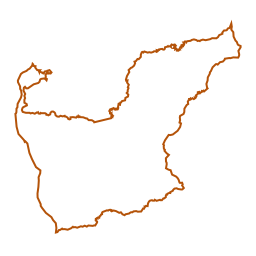 La Gloria, Cesar, Colombia (orthographic projection)
{"feature_id": "7082276B41841222112107", "entity_name": "La Gloria", "entity_type": "district", "adm_level": 2, "iso_a3": "COL", "parent_name": "Colombia", "parent_adm1": "Cesar", "projection": "orthographic", "projection_center": [-73.641, 8.636], "detail": "fine", "context": "isolated", "style": "outline", "palette": "amber", "viewbox_px": 256, "rotation_deg": 0, "n_neighbors": 0, "source": "geoboundaries", "source_scale": "gbopen_adm2", "svg_char_len": 5710}
<svg xmlns="http://www.w3.org/2000/svg" viewBox="0 0 256 256"><path d="M15.4,113.8L16.6,126.8L18.5,134.0L24.0,140.1L24.7,141.8L25.3,141.3L27.4,143.5L29.4,152.9L32.0,159.1L36.0,167.1L40.4,170.4L40.2,173.3L38.6,177.2L38.8,180.5L38.4,186.9L37.5,193.5L37.6,197.5L40.7,204.2L40.7,205.8L41.9,207.7L45.9,212.9L51.4,217.1L53.1,220.1L55.8,223.2L56.4,228.0L55.9,232.5L57.4,232.1L59.0,230.0L60.2,229.9L62.1,228.6L62.7,229.2L64.7,229.1L67.7,229.7L71.0,228.3L72.9,226.8L73.4,227.3L75.2,227.1L77.2,227.7L80.9,226.3L82.7,226.7L84.7,225.7L86.8,226.6L88.4,225.5L92.8,225.9L94.1,225.4L95.2,225.5L97.1,222.4L97.1,221.5L95.7,220.5L95.8,219.0L96.3,219.0L96.6,218.3L97.5,218.5L97.4,217.9L98.1,217.4L99.3,217.7L99.6,216.3L100.6,215.6L101.1,214.5L102.1,214.2L102.1,212.5L102.6,212.0L107.0,210.3L108.1,210.6L109.2,209.9L110.7,209.8L111.5,210.1L111.2,211.0L111.6,211.3L113.6,210.5L116.0,211.1L119.2,212.8L120.9,212.3L122.5,214.3L124.6,215.2L125.5,214.3L129.2,213.5L129.8,212.9L131.1,212.2L132.4,212.3L133.5,211.4L136.2,211.1L137.8,211.7L141.2,211.5L143.1,208.5L144.0,208.7L144.7,207.2L144.6,206.5L145.5,206.6L145.9,205.9L147.6,206.1L148.0,203.4L149.0,201.5L150.1,200.6L152.0,200.2L152.9,200.7L154.4,200.6L154.8,199.8L156.6,200.8L160.0,199.8L160.4,200.2L161.9,200.2L163.4,198.4L164.0,198.5L165.8,197.2L165.8,195.7L166.4,194.5L167.2,194.6L167.5,193.7L169.3,192.9L170.2,193.0L170.2,192.2L172.9,190.7L173.2,189.8L174.5,188.6L176.6,188.3L178.1,189.0L181.3,189.5L182.4,189.4L183.8,188.0L182.1,185.4L182.7,184.4L182.1,182.7L180.0,182.9L179.5,182.5L178.6,179.7L177.7,178.2L176.2,176.6L172.1,174.6L170.6,170.2L168.6,169.7L166.0,168.3L166.7,164.3L166.6,162.7L166.0,161.5L165.9,158.2L168.9,154.9L166.8,153.4L164.5,150.8L164.9,149.9L163.9,148.7L163.7,146.3L164.0,145.2L163.2,144.3L165.0,140.3L168.7,134.9L170.2,135.1L172.8,134.5L177.6,130.8L180.1,127.0L181.0,123.4L179.5,122.6L180.1,120.3L179.8,117.4L180.1,115.9L183.5,114.0L184.3,112.0L184.4,108.7L186.7,105.0L188.2,104.0L187.8,101.7L188.6,100.2L189.4,99.9L189.2,99.0L190.0,99.0L190.5,98.5L190.9,99.3L192.5,98.2L193.8,99.1L195.3,98.1L195.0,97.4L195.7,97.5L196.4,96.3L195.9,95.4L197.8,93.9L197.8,92.2L199.1,91.9L199.3,93.1L199.8,93.4L200.7,92.4L201.6,92.1L201.9,91.0L202.8,91.3L203.4,90.7L204.1,91.4L207.6,88.4L207.1,87.7L206.4,83.9L207.6,80.5L207.8,77.4L209.8,73.7L209.9,72.3L210.8,71.3L212.6,67.3L215.8,64.2L216.8,64.1L217.7,64.6L220.0,62.2L222.8,61.6L224.5,59.9L224.9,58.7L229.4,58.0L230.2,58.2L233.3,57.4L238.2,57.6L239.1,55.7L239.2,54.3L238.4,50.9L240.6,47.3L240.6,46.0L238.3,45.0L237.7,44.3L236.8,41.9L235.5,40.6L233.6,36.6L233.3,32.2L231.3,29.6L231.8,26.7L231.3,23.5L229.6,27.9L227.8,28.5L226.9,30.0L226.1,30.4L224.0,30.5L222.3,32.6L222.4,33.8L219.2,35.1L218.0,37.1L216.4,38.3L212.1,38.2L210.1,39.2L205.6,40.2L202.9,39.6L200.3,40.5L199.8,41.1L198.7,40.7L197.6,41.0L196.5,40.1L193.9,39.4L191.6,40.0L190.6,40.8L187.4,41.2L186.6,41.5L186.4,42.1L186.0,41.6L185.0,41.4L184.3,42.0L184.4,43.0L183.6,42.8L184.1,43.8L184.0,44.9L183.1,45.5L182.2,44.8L181.4,45.3L182.0,46.2L182.7,46.0L182.9,46.4L181.7,46.8L181.5,47.5L180.9,46.9L180.3,47.1L179.6,48.8L179.9,49.5L179.0,49.5L179.1,50.1L178.4,50.7L177.0,50.6L177.2,49.5L176.4,48.9L175.2,49.4L175.4,48.1L173.7,48.0L175.2,46.6L174.0,45.8L174.2,45.4L175.4,45.2L174.8,44.5L174.2,44.5L173.6,45.3L171.6,44.5L170.8,45.6L170.9,46.8L170.2,46.2L168.2,46.6L167.9,46.1L167.1,46.7L165.0,47.3L164.8,48.8L164.0,49.6L163.1,49.6L162.3,48.9L159.9,49.2L159.3,49.9L158.6,49.6L157.9,50.4L157.1,50.2L157.6,51.3L156.6,51.9L155.6,51.2L153.8,51.4L153.1,52.0L151.1,52.6L149.3,52.2L147.7,52.6L144.3,51.5L143.4,52.5L142.5,51.9L141.8,52.2L140.8,54.7L140.8,56.9L138.7,59.2L137.5,59.0L135.9,61.1L134.5,61.6L135.1,63.2L134.1,65.6L132.1,67.4L130.9,67.9L128.6,70.1L129.3,72.0L127.0,76.0L125.9,79.7L126.2,80.7L127.5,80.4L127.1,82.6L128.8,84.8L127.8,87.3L128.5,88.1L127.7,90.1L127.7,91.8L126.7,93.0L128.3,94.6L128.0,96.5L125.4,97.9L125.1,100.3L122.0,101.1L121.1,102.4L120.3,102.6L120.0,104.8L119.6,104.7L119.3,103.5L118.6,103.7L118.0,107.2L118.3,107.9L117.6,109.4L116.4,109.5L116.6,109.1L117.6,109.0L117.4,108.3L116.0,108.8L114.6,108.5L114.5,109.1L113.4,108.1L112.3,108.8L112.3,109.6L111.4,109.9L110.9,109.7L111.2,109.0L110.1,109.4L109.3,111.0L109.9,111.5L110.0,113.5L110.9,113.9L111.5,113.3L111.5,114.2L112.0,114.7L111.6,115.4L112.5,115.4L113.0,115.9L112.2,116.8L112.3,117.3L111.3,117.4L111.1,118.2L94.2,122.3L93.8,121.4L91.8,120.2L88.7,120.1L86.9,118.4L86.0,118.4L83.2,117.3L79.7,117.1L79.5,116.4L78.6,116.7L78.3,116.2L78.0,117.0L77.1,116.5L76.2,117.6L72.9,117.1L70.5,117.3L70.4,119.1L69.4,119.4L68.2,118.9L67.8,117.9L67.0,117.2L65.7,116.5L65.0,116.5L64.7,115.8L62.7,116.4L60.5,115.8L59.0,116.7L57.2,116.5L55.6,115.3L55.1,113.2L54.4,112.3L53.0,111.5L51.5,111.7L50.4,113.0L50.2,114.4L48.3,115.3L47.8,114.8L46.4,114.8L46.2,113.8L45.0,113.2L41.3,113.2L40.6,112.9L40.1,113.7L39.6,113.7L38.6,113.5L38.1,112.4L37.8,112.7L37.0,112.4L34.8,113.7L32.4,112.9L30.5,113.4L29.7,112.8L25.9,112.8L22.7,111.9L21.9,110.0L22.4,108.2L23.2,107.2L26.9,105.4L26.7,104.1L24.4,102.7L24.4,99.7L25.1,98.1L24.4,95.9L25.2,94.0L23.5,90.6L23.9,87.7L25.0,86.8L26.2,88.3L27.9,88.3L33.7,84.3L38.2,83.0L39.5,81.8L40.2,79.5L41.1,78.9L43.6,78.5L45.3,79.0L46.5,80.3L46.9,79.0L45.4,77.8L45.8,76.5L45.4,74.3L47.5,73.4L48.9,73.6L50.7,72.6L50.2,73.4L50.6,73.5L51.5,72.4L49.5,70.1L47.5,70.7L47.8,72.2L46.9,72.2L46.3,71.3L45.1,71.3L43.9,72.8L43.2,72.6L43.0,73.3L40.6,71.9L40.0,71.0L39.3,71.1L39.2,71.9L38.8,71.0L39.7,70.2L37.2,70.1L35.2,67.5L35.5,66.2L33.4,65.9L33.2,64.4L32.6,63.8L32.2,65.5L29.7,68.6L28.0,69.5L26.5,70.9L22.8,72.5L20.9,74.0L17.9,80.5L18.0,82.2L20.1,86.4L20.2,89.0L21.1,90.5L21.7,94.7L21.0,97.5L17.6,103.9L17.4,107.3L16.5,108.6L16.4,112.1L16.0,113.3L15.4,113.8Z" fill="none" stroke="#b45309" stroke-width="2"/></svg>